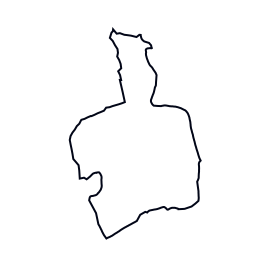 Harad, Hajjah, Yemen, rotated 342°
{"feature_id": "15242507B65973742405389", "entity_name": "Harad", "entity_type": "district", "adm_level": 2, "iso_a3": "YEM", "parent_name": "Yemen", "parent_adm1": "Hajjah", "projection": "equal_earth", "projection_center": [43.134, 16.476], "detail": "fine", "context": "isolated", "style": "outline", "palette": "ink", "viewbox_px": 256, "rotation_deg": 342, "n_neighbors": 0, "source": "geoboundaries", "source_scale": "gbopen_adm2", "svg_char_len": 4784}
<svg xmlns="http://www.w3.org/2000/svg" viewBox="0 0 256 256"><g transform="rotate(342 128 128)"><path d="M168.8,43.4L168.1,43.1L167.6,42.9L167.4,43.0L164.8,43.9L164.2,44.1L159.4,41.1L155.7,39.3L153.3,38.2L149.6,35.3L146.4,34.8L144.3,29.6L143.5,31.3L141.8,32.2L138.6,36.7L140.4,40.5L141.2,45.1L142.4,49.6L141.7,53.4L139.8,56.7L140.6,60.6L140.8,64.8L140.0,69.1L136.2,71.0L136.8,75.2L136.3,80.2L135.1,79.8L134.0,92.4L133.0,102.4L129.8,102.6L126.3,102.6L120.3,102.4L119.8,102.4L119.6,102.4L117.5,102.5L116.8,102.5L113.5,101.9L110.5,104.1L107.1,104.4L103.7,104.6L100.3,105.1L96.9,105.4L96.3,105.1L92.8,105.4L89.5,105.9L86.2,105.8L85.6,106.3L83.0,108.9L79.9,110.4L76.9,113.1L73.8,115.2L70.9,117.9L68.9,121.4L68.3,126.2L67.8,130.8L67.2,135.5L66.4,140.6L68.0,144.4L69.5,148.1L68.5,153.4L66.5,161.2L70.8,161.7L72.8,164.0L73.3,163.8L74.3,163.5L75.9,162.8L76.6,162.6L79.5,161.1L80.1,160.8L81.0,160.5L81.8,160.5L82.9,160.5L83.3,160.5L84.2,160.9L84.5,160.7L85.2,160.8L86.0,161.0L86.6,161.2L86.9,161.4L87.4,162.8L87.5,163.2L87.6,163.7L87.7,164.6L87.8,165.1L87.8,165.7L87.7,166.5L87.6,166.8L87.3,167.7L87.0,168.3L86.8,168.7L86.5,169.7L86.1,171.2L85.8,172.2L85.5,173.4L85.3,174.4L84.9,175.5L84.5,176.3L83.9,177.1L83.3,177.9L82.6,178.6L81.9,179.1L81.1,179.7L80.3,180.3L79.5,180.6L78.4,181.4L77.6,181.7L76.8,181.9L76.0,181.9L75.1,181.8L74.2,181.8L73.4,181.7L72.5,181.5L71.7,181.4L70.9,181.6L70.2,182.2L69.7,183.0L69.2,183.9L68.7,184.8L71.3,199.1L70.9,202.9L70.1,210.3L70.3,211.3L70.6,212.5L70.7,213.5L70.9,214.5L71.0,215.6L71.2,216.6L71.3,217.7L71.4,218.8L71.6,219.9L71.8,221.1L72.0,222.2L72.3,223.3L72.7,224.4L73.0,225.5L73.3,226.4L74.3,226.2L75.1,226.1L76.3,226.0L77.4,225.9L78.3,225.7L79.2,225.6L80.1,225.4L81.0,225.1L81.8,224.9L82.7,224.6L83.6,224.4L84.5,224.2L85.4,224.0L86.4,223.7L87.4,223.5L88.1,223.3L88.2,223.2L89.2,222.9L90.2,222.6L91.0,222.4L91.8,222.2L92.7,222.0L93.5,221.8L94.5,221.6L95.3,221.5L96.2,221.3L97.2,221.1L98.1,221.0L99.2,220.7L100.1,220.6L101.1,220.4L102.1,220.2L103.2,220.0L104.1,219.8L105.1,219.7L105.9,219.5L106.8,219.3L107.6,219.2L112.8,214.3L118.5,213.1L120.2,214.3L120.9,213.8L121.8,213.5L122.6,213.2L123.4,213.2L124.3,213.3L125.2,213.4L126.0,213.5L127.0,213.6L127.9,213.7L129.0,213.9L129.8,214.0L130.7,214.1L131.8,214.1L132.6,214.1L133.7,214.1L134.0,214.0L134.8,214.0L135.6,214.0L136.4,214.0L137.3,214.1L138.1,214.4L138.7,215.1L139.3,216.0L139.7,216.9L140.2,217.8L141.0,218.0L141.9,217.8L142.8,217.6L143.6,217.5L144.5,217.5L145.3,217.5L146.2,217.8L147.1,218.1L147.9,218.4L148.6,218.8L149.4,219.4L150.1,219.8L150.8,220.4L150.8,220.8L156.5,222.3L157.0,222.4L164.2,222.3L168.7,220.7L172.4,219.1L172.7,218.6L173.1,217.7L173.5,216.8L173.9,215.6L174.1,214.6L174.5,213.3L174.8,212.2L175.1,211.1L175.5,209.9L175.7,208.8L177.2,200.5L177.3,200.3L178.3,199.3L179.7,197.5L180.1,196.5L180.4,195.5L180.8,194.5L181.2,193.4L181.7,192.3L182.1,191.4L182.4,190.4L182.8,189.3L183.2,188.2L183.5,187.1L183.8,186.1L184.0,185.0L184.3,184.0L184.8,183.1L185.4,182.4L186.2,181.9L187.0,181.5L186.9,180.5L186.7,179.5L186.6,178.3L186.6,177.1L186.6,176.0L186.6,174.8L186.7,173.6L186.7,172.4L186.7,171.0L186.7,169.9L186.7,168.7L186.8,167.4L186.8,166.2L186.8,164.9L186.9,163.8L187.0,162.5L187.1,161.3L187.1,160.1L187.2,159.1L187.2,158.0L187.3,156.8L187.4,155.7L187.6,154.5L187.6,153.4L187.6,152.3L187.7,150.9L187.8,149.6L187.8,148.5L187.9,147.4L188.1,146.2L188.3,145.1L188.6,144.0L188.8,142.9L189.1,141.6L189.2,140.6L189.3,139.5L189.4,138.4L189.6,137.1L189.6,136.0L189.6,135.3L189.6,134.9L189.5,133.8L189.4,132.6L189.1,131.6L188.7,130.5L188.3,129.6L187.8,128.8L187.1,128.2L186.4,127.5L185.7,126.8L185.0,126.1L184.3,125.4L183.4,124.8L182.6,124.2L181.8,123.6L181.1,123.2L180.3,122.7L179.8,122.4L179.4,122.2L178.6,121.9L177.7,121.5L176.9,121.1L176.0,120.8L175.2,120.5L174.1,120.0L173.3,119.5L172.5,119.1L171.6,118.6L170.8,118.2L170.7,118.2L170.0,117.9L169.2,117.7L168.2,117.6L167.1,117.4L166.5,117.4L166.2,117.4L164.1,116.6L163.0,116.2L159.4,114.7L158.9,113.9L158.4,112.8L158.2,111.7L158.0,110.6L158.0,110.4L158.1,109.6L158.5,108.5L159.1,107.7L159.7,107.0L160.3,106.1L161.0,105.3L161.5,104.6L162.2,103.8L162.9,103.0L163.4,102.3L164.0,101.4L164.6,100.4L165.2,99.4L165.7,98.5L166.2,97.6L166.8,97.1L167.6,96.2L168.1,95.0L168.7,93.4L171.5,86.5L171.3,84.0L170.1,80.0L170.0,79.4L169.7,78.2L169.3,77.2L168.8,76.2L168.7,76.1L168.3,75.2L168.0,74.1L167.9,73.0L167.7,71.8L167.6,70.6L167.6,69.5L167.5,68.3L167.5,67.0L167.6,65.9L167.6,65.2L167.6,64.8L167.8,63.7L168.1,62.6L168.6,61.7L169.0,59.3L169.5,58.7L171.0,58.3L173.9,58.9L174.8,59.4L175.3,59.4L175.4,59.0L175.3,58.1L175.5,56.5L174.3,53.6L170.2,50.7L169.6,49.8L169.1,49.0L169.1,48.9L168.7,48.0L168.6,47.5L168.5,47.0L168.5,46.6L168.5,46.4L168.5,46.2L168.5,45.8L168.7,43.9L168.7,43.7L168.8,43.4L168.8,43.4Z" fill="none" stroke="#020617" stroke-width="2"/></g></svg>